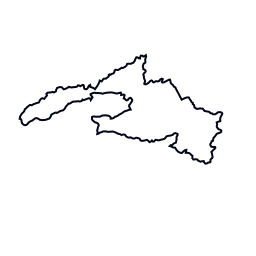 the district of Pirajuí, São Paulo, Brazil, rotated 239°
{"feature_id": "56859067B50435811412978", "entity_name": "Pirajuí", "entity_type": "district", "adm_level": 2, "iso_a3": "BRA", "parent_name": "Brazil", "parent_adm1": "São Paulo", "projection": "equal_earth", "projection_center": [-49.386, -21.905], "detail": "fine", "context": "isolated", "style": "outline", "palette": "ink", "viewbox_px": 256, "rotation_deg": 239, "n_neighbors": 0, "source": "geoboundaries", "source_scale": "gbopen_adm2", "svg_char_len": 5962}
<svg xmlns="http://www.w3.org/2000/svg" viewBox="0 0 256 256"><g transform="rotate(239 128 128)"><path d="M73.3,194.2L74.6,195.3L75.5,196.3L75.9,197.8L76.3,198.9L76.8,199.9L77.3,201.5L76.6,204.5L76.7,205.9L77.8,206.7L78.7,206.3L79.6,205.7L80.4,204.9L81.7,204.9L82.4,204.6L83.2,204.7L84.2,205.3L85.0,206.2L87.1,206.9L86.8,209.0L86.4,210.7L88.2,211.6L89.2,212.5L90.0,213.5L90.8,215.0L91.8,216.3L93.0,216.2L94.0,215.3L94.7,214.2L95.2,212.7L94.8,211.3L94.9,209.6L95.5,208.8L96.0,207.9L97.3,207.5L98.3,206.2L99.7,206.1L100.7,205.2L101.4,204.3L102.2,203.5L103.3,202.3L104.9,202.2L106.1,202.0L106.8,200.8L107.7,200.0L108.2,198.2L109.2,196.5L110.4,196.2L111.2,195.6L112.3,195.9L113.6,196.5L115.0,195.8L116.0,196.5L116.8,196.1L117.6,195.8L118.6,196.0L120.1,195.8L121.6,195.8L122.7,195.9L123.4,195.2L123.8,194.2L124.2,193.0L124.4,191.5L124.6,188.6L137.2,189.3L138.4,189.5L140.0,188.6L141.4,188.7L142.5,188.3L144.7,187.8L145.5,188.1L147.1,188.8L147.9,188.9L148.3,187.8L148.4,186.3L148.6,183.4L148.6,182.3L149.3,180.8L150.2,180.7L152.0,183.0L152.9,182.3L153.0,180.7L152.2,178.9L152.6,177.5L153.6,176.4L153.8,175.1L153.8,173.5L154.6,173.0L155.9,173.1L156.7,172.6L156.8,171.1L156.3,169.4L156.0,167.9L156.3,165.6L157.2,164.7L158.1,165.1L158.6,166.2L159.4,166.8L160.2,167.0L162.0,167.3L162.8,167.5L163.6,168.0L165.0,168.5L165.9,168.6L166.6,169.7L166.9,171.3L167.3,172.2L168.2,172.6L169.2,172.4L170.5,171.4L171.7,172.0L172.9,172.3L173.7,173.0L175.1,174.6L175.1,176.5L176.5,177.4L177.4,177.7L178.6,178.7L179.8,180.3L181.2,180.8L181.1,179.2L181.4,177.9L182.7,177.5L183.4,176.2L182.4,174.9L181.4,174.2L182.2,173.1L183.6,172.6L184.3,171.6L183.6,170.4L182.8,169.0L182.0,168.3L181.6,167.1L181.2,166.0L181.5,164.7L181.6,163.5L182.6,162.0L183.4,160.3L182.3,158.9L182.0,157.5L182.0,155.7L182.1,154.5L183.0,153.5L182.7,152.1L182.9,151.0L182.7,149.7L183.3,148.6L184.3,147.4L184.2,146.1L183.4,145.6L182.7,144.7L182.3,143.5L182.7,142.2L182.6,140.5L183.4,140.1L183.4,138.9L182.5,138.5L182.0,137.3L181.9,135.7L181.7,134.3L182.3,133.5L182.8,132.2L182.0,130.6L181.5,129.5L182.4,128.7L183.2,128.2L181.7,126.5L179.9,123.5L178.3,119.7L180.0,119.0L180.8,118.4L181.7,117.8L182.4,116.9L184.4,117.7L184.4,116.2L182.9,113.9L182.6,112.4L183.5,111.3L184.2,110.8L185.5,111.2L186.9,111.9L187.8,111.9L188.3,111.1L188.4,108.6L189.6,108.0L190.3,107.1L189.8,106.1L189.9,104.7L190.6,103.2L191.2,102.1L191.6,100.9L192.6,99.5L193.8,98.5L193.6,96.9L193.7,95.2L193.9,94.0L194.4,92.7L195.6,92.5L196.9,92.3L198.1,90.9L198.6,89.3L198.8,87.8L198.1,86.8L197.4,85.8L196.5,85.0L196.6,82.9L197.8,81.9L198.2,80.4L198.9,78.9L199.7,77.3L199.3,75.6L197.8,75.4L197.3,74.6L197.1,73.5L196.6,72.6L196.1,71.2L197.6,70.0L197.8,68.6L197.2,67.0L196.7,66.0L195.8,64.8L196.4,62.5L196.7,61.2L197.0,59.5L197.1,58.3L197.0,57.3L198.3,55.8L198.0,53.4L197.8,52.1L197.3,50.6L197.2,49.1L196.2,48.2L195.6,47.0L195.3,45.9L195.0,44.3L193.2,41.1L192.3,40.7L191.7,39.9L190.6,40.8L189.5,40.6L188.6,40.3L187.3,39.7L186.4,39.7L185.3,40.0L184.3,40.3L183.4,41.2L183.0,42.6L183.1,43.9L183.8,45.3L184.0,46.8L183.9,48.3L183.7,49.7L183.9,51.7L184.1,53.3L183.6,54.7L182.4,55.7L180.4,56.7L179.7,57.6L178.9,58.5L178.4,59.8L177.7,60.8L177.3,62.3L176.6,65.6L177.9,68.0L178.9,69.1L178.9,71.1L178.7,72.6L178.4,74.2L177.6,74.7L177.4,75.9L177.5,78.4L177.1,79.9L176.6,81.3L176.9,83.2L177.9,85.0L178.7,86.8L179.0,88.2L179.6,89.6L178.9,90.6L178.9,92.5L179.0,93.6L178.8,94.8L178.2,95.7L176.6,99.1L175.6,100.3L175.0,102.1L175.8,103.7L174.6,104.6L174.1,107.8L173.6,109.9L172.6,110.9L171.2,110.5L172.6,113.4L173.8,113.3L175.2,113.0L176.3,113.3L176.2,114.7L175.9,116.4L175.3,117.7L174.2,118.9L173.4,120.3L172.4,121.8L171.4,123.0L170.4,124.0L170.2,125.2L169.6,126.8L168.8,128.9L168.1,130.0L167.6,131.2L167.0,132.1L165.6,133.8L164.6,134.8L163.9,135.4L163.0,136.8L162.8,137.9L162.0,140.1L160.7,139.7L159.8,139.1L159.3,140.3L159.0,141.5L157.9,142.0L155.5,139.6L154.4,140.4L153.3,140.5L152.3,141.1L152.1,142.4L152.8,143.7L152.8,145.4L151.8,146.1L150.6,145.9L149.8,146.1L148.9,145.2L148.0,143.2L147.3,141.9L146.9,140.6L146.0,140.1L144.6,139.9L143.4,139.9L142.4,139.7L143.2,138.0L143.3,136.5L144.0,134.1L144.0,132.0L143.8,130.7L143.9,128.6L144.0,127.1L143.8,125.6L143.9,124.1L144.4,122.6L144.0,121.4L144.1,119.9L144.9,118.0L146.1,118.6L147.7,118.2L148.6,117.5L149.6,116.3L150.3,115.6L151.2,113.8L151.9,112.5L152.2,109.6L153.4,107.8L154.1,106.4L154.8,105.5L155.7,104.4L156.0,102.9L155.0,102.3L154.3,101.7L153.0,101.6L152.0,101.9L150.9,102.3L149.9,102.6L148.8,103.7L147.4,104.5L145.4,104.4L144.1,102.6L142.9,101.5L141.8,100.3L140.0,99.8L138.7,98.6L138.3,100.2L138.5,101.7L138.0,103.4L137.9,105.0L137.2,106.0L136.5,107.3L135.0,108.8L132.9,113.0L131.6,114.3L129.9,115.5L128.4,116.4L126.7,118.1L125.3,118.8L124.8,120.8L123.6,122.1L122.3,122.0L121.5,122.2L119.7,123.3L119.1,124.1L118.5,125.6L116.7,126.6L115.7,127.9L115.5,129.6L114.9,130.8L114.0,131.5L113.3,132.2L112.1,132.5L111.0,132.3L110.0,133.0L109.4,134.1L108.7,135.9L108.0,138.2L106.0,139.0L104.8,139.1L104.6,140.8L105.0,142.1L103.4,142.4L103.0,143.5L103.5,144.7L103.6,145.8L102.8,146.6L102.1,147.3L101.5,148.1L101.1,149.9L100.2,152.5L100.0,153.7L100.4,155.3L101.0,156.7L100.4,158.8L99.7,160.2L99.1,162.8L99.6,164.7L99.3,165.9L98.2,166.8L97.3,167.4L96.3,166.8L95.6,165.4L94.9,164.7L93.1,163.7L90.8,161.5L91.0,160.4L91.1,158.8L90.5,156.9L91.3,155.8L91.0,154.5L90.2,155.3L89.0,156.1L88.0,156.7L87.0,158.2L84.0,158.3L82.1,158.7L81.2,159.1L80.1,159.8L78.8,161.4L79.2,162.6L79.5,164.1L79.6,165.6L79.2,166.7L78.2,165.9L77.0,164.7L76.1,166.2L75.2,167.3L74.2,167.9L72.7,168.3L70.9,168.9L69.0,167.6L67.3,167.8L66.3,170.0L65.2,171.2L64.0,171.3L62.9,172.0L61.8,172.8L61.3,174.5L60.6,175.9L59.4,175.6L58.3,175.7L57.4,176.2L57.0,177.5L57.0,179.1L56.3,180.9L57.2,181.8L58.1,182.1L58.6,183.0L58.9,184.7L59.6,185.6L61.1,186.1L62.3,186.7L63.5,187.0L64.5,187.1L64.8,188.3L65.3,190.0L65.6,191.8L66.0,192.7L67.0,192.8L67.9,191.2L69.0,189.8L70.6,189.7L71.7,190.1L72.8,192.1L73.6,192.9L73.3,194.2Z" fill="none" stroke="#020617" stroke-width="2"/></g></svg>